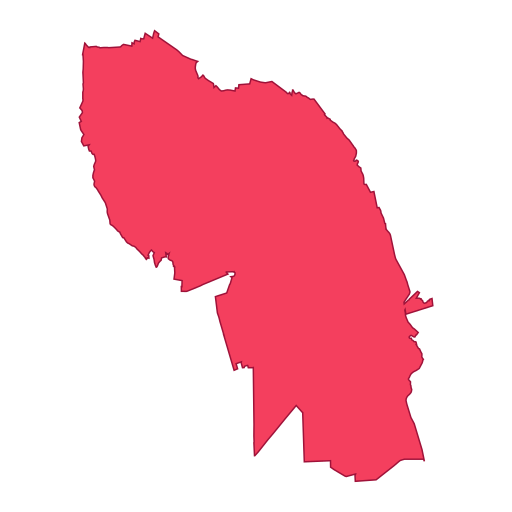 Acatlán de Juárez, Jalisco, Mexico
{"feature_id": "50627088B47037600563215", "entity_name": "Acatlán de Juárez", "entity_type": "district", "adm_level": 2, "iso_a3": "MEX", "parent_name": "Mexico", "parent_adm1": "Jalisco", "projection": "natural_earth1", "projection_center": [-103.612, 20.424], "detail": "fine", "context": "isolated", "style": "filled", "palette": "rose", "viewbox_px": 512, "rotation_deg": 0, "n_neighbors": 0, "source": "geoboundaries", "source_scale": "gbopen_adm2", "svg_char_len": 5897}
<svg xmlns="http://www.w3.org/2000/svg" viewBox="0 0 512 512"><path d="M294.0,91.9L293.0,90.0L292.6,90.0L292.5,91.4L292.1,92.1L291.7,95.3L290.4,94.1L290.0,93.4L289.9,92.5L289.6,92.3L288.7,93.5L287.5,93.6L286.2,92.2L271.9,81.5L265.4,82.8L260.5,82.1L253.3,79.8L251.1,78.7L249.7,83.9L238.9,84.7L238.5,88.2L235.5,87.9L235.0,91.0L230.1,90.1L227.6,89.9L226.0,90.1L223.4,90.8L221.3,91.0L219.5,89.7L217.3,87.0L215.9,85.7L214.0,87.5L213.6,84.7L213.3,83.5L208.0,80.3L205.4,78.4L204.9,77.9L203.5,75.5L202.9,75.1L201.3,76.9L198.6,78.7L197.9,77.7L198.0,77.4L198.0,76.4L197.8,75.5L195.7,70.5L195.3,68.6L195.3,67.0L195.8,63.8L196.2,62.7L197.7,61.4L195.8,60.8L192.4,59.6L190.8,59.2L182.6,55.5L178.8,51.6L176.8,49.9L158.1,36.9L158.8,33.9L154.6,30.7L153.7,33.3L152.6,38.2L145.2,33.3L143.7,38.8L141.8,38.8L140.8,38.4L140.1,41.6L135.0,40.3L134.3,41.8L134.1,43.8L132.0,42.8L131.8,46.1L123.5,44.4L121.6,45.7L120.8,46.7L119.9,47.0L108.7,47.7L107.5,47.5L103.6,47.5L100.1,47.8L99.4,47.6L99.1,47.2L97.5,47.1L96.3,46.4L90.3,46.9L89.4,47.2L89.5,47.5L88.6,47.4L86.1,44.8L85.3,43.5L84.8,43.1L82.6,54.6L82.9,54.6L83.1,56.4L83.4,61.3L83.2,69.1L82.9,72.3L83.4,82.8L83.0,84.0L83.4,89.0L83.2,91.0L82.8,92.1L82.8,98.9L83.0,99.1L82.9,101.1L79.8,107.9L82.2,110.7L82.4,112.7L79.3,117.1L81.3,121.4L79.2,122.6L80.6,129.3L81.0,130.3L83.9,134.5L81.9,137.8L81.4,141.5L83.8,145.9L89.2,144.8L88.1,146.4L88.7,149.2L89.4,151.0L91.1,151.1L92.0,153.4L92.9,154.3L94.1,154.3L94.9,156.5L95.5,159.1L95.7,160.8L95.5,161.7L94.3,164.4L93.7,166.4L94.5,170.0L94.1,170.6L94.1,170.9L93.5,172.6L92.9,175.3L92.9,177.8L94.6,181.1L94.0,184.2L94.2,185.4L94.8,186.7L96.0,187.6L97.8,190.1L98.1,190.8L100.9,195.2L102.2,197.9L105.3,202.7L107.3,208.9L107.2,211.6L107.3,212.7L107.6,213.9L109.8,220.1L110.1,223.8L110.7,224.6L112.5,225.6L114.4,227.3L116.7,229.7L117.5,230.8L119.2,231.9L119.8,232.1L120.3,233.5L122.5,237.3L122.9,237.7L123.8,237.7L126.5,241.9L127.8,243.1L129.2,243.7L132.2,245.8L134.0,246.2L135.8,247.4L136.8,248.8L139.7,251.6L141.7,253.9L143.2,255.2L144.5,256.9L145.7,257.9L145.4,258.2L146.3,259.4L147.1,258.6L147.5,257.8L148.9,258.2L148.8,255.7L148.1,255.4L148.2,254.9L149.1,252.9L149.9,251.6L151.2,250.2L151.5,250.0L152.9,251.7L154.3,252.6L153.0,255.7L154.1,259.6L154.5,262.5L155.3,265.1L156.2,267.2L156.6,267.1L157.2,266.3L158.6,262.9L160.2,261.1L161.1,260.3L161.6,257.9L165.1,256.8L166.3,256.9L165.7,252.7L167.0,253.5L166.5,254.6L167.3,254.4L167.7,254.5L169.1,253.4L168.7,254.6L168.7,255.5L168.3,256.1L168.2,257.5L168.3,258.7L169.9,260.0L170.7,260.4L171.4,260.5L172.2,261.0L172.8,261.9L173.1,264.2L173.2,264.8L174.2,266.2L173.1,265.9L174.5,267.1L174.8,272.9L174.0,279.1L182.1,280.6L181.9,286.7L181.3,286.6L181.4,291.3L186.3,291.4L187.4,291.1L200.4,285.8L202.9,284.5L227.9,274.1L226.3,272.5L226.3,272.0L232.8,271.7L233.2,272.0L234.1,271.6L234.3,272.1L235.0,272.8L235.0,274.3L234.4,275.7L233.6,276.3L230.9,276.7L232.0,277.7L230.2,283.8L229.7,284.4L226.7,293.0L215.4,296.6L217.4,312.9L219.0,317.6L220.0,321.7L224.0,335.3L223.8,335.2L234.1,370.3L237.6,368.8L236.1,363.7L241.4,361.8L241.2,362.9L242.5,367.7L244.1,367.6L244.7,366.2L247.2,365.4L247.7,365.4L248.3,367.7L252.4,367.7L253.3,367.5L254.0,424.4L253.9,435.9L254.1,442.0L253.9,442.6L254.5,455.7L254.8,455.7L258.0,452.2L267.9,439.7L273.4,433.2L285.2,418.7L296.2,405.5L302.3,412.3L302.7,412.5L304.3,461.8L330.5,460.7L330.6,467.2L334.2,469.7L345.0,476.1L346.3,476.5L355.6,474.0L355.5,474.5L355.0,475.4L355.3,481.3L376.1,479.8L394.1,465.6L399.0,461.4L400.2,460.5L402.0,459.9L404.4,459.2L423.5,459.2L424.4,461.3L422.0,449.6L414.2,423.7L410.9,417.5L406.8,404.1L406.0,400.5L406.2,398.7L406.8,397.3L407.8,395.8L409.6,394.2L411.0,392.5L411.5,391.0L411.7,389.3L411.2,388.2L410.8,385.4L410.4,384.7L410.5,381.8L408.8,379.9L408.4,379.2L408.6,378.4L409.2,377.7L410.1,375.5L411.3,373.6L413.5,371.8L416.3,370.4L419.2,368.5L422.2,362.8L422.8,360.6L422.7,360.3L423.4,359.4L422.1,357.6L421.8,356.7L421.9,355.2L421.9,353.8L420.8,351.8L419.5,348.9L418.5,348.5L416.2,344.6L416.6,344.5L416.0,342.0L415.3,341.7L413.9,341.6L413.0,340.5L411.8,339.9L411.3,338.3L409.8,338.3L409.2,337.7L409.2,337.3L409.3,336.6L410.8,335.4L411.4,335.4L413.6,336.8L414.8,337.0L416.0,335.0L416.5,334.9L418.2,332.5L414.4,329.0L412.8,327.9L412.0,327.0L410.3,324.6L408.0,322.0L406.2,317.7L405.6,315.8L405.4,314.1L405.4,313.1L404.8,310.1L405.1,309.5L405.9,314.2L432.8,305.7L432.0,298.5L429.7,299.3L429.2,299.8L429.4,300.3L429.0,300.9L428.2,300.8L427.4,301.3L426.6,302.6L424.4,303.3L423.5,302.7L422.9,301.8L422.5,300.5L420.9,299.4L421.1,299.2L421.1,298.8L420.2,298.7L419.7,298.3L418.3,298.2L416.3,298.2L419.4,292.7L417.5,291.4L409.3,299.2L409.2,299.7L408.3,300.2L404.2,304.0L404.0,302.3L404.2,301.8L409.3,294.2L409.9,292.4L409.9,291.5L407.5,283.9L407.5,283.6L406.8,281.2L406.6,281.0L404.3,274.6L395.8,259.1L395.3,257.6L394.5,254.4L390.4,235.1L389.7,233.5L388.5,232.0L388.4,232.0L386.2,229.4L386.0,228.3L385.9,228.4L385.5,223.7L385.2,223.7L384.8,223.4L383.5,218.1L380.9,212.7L381.0,212.3L380.6,210.4L379.0,207.5L377.2,207.8L373.9,191.5L370.5,192.3L366.3,184.4L365.0,184.5L364.2,184.2L363.9,183.6L363.7,178.1L363.3,175.9L362.9,174.5L361.1,171.0L360.8,168.0L359.3,167.0L357.2,165.1L357.4,163.8L358.0,162.7L358.3,161.7L358.0,160.9L357.3,160.4L356.3,160.1L356.1,160.3L356.0,160.8L355.1,161.2L354.4,161.2L353.8,161.0L353.6,160.6L354.0,159.9L354.3,158.7L355.7,156.3L356.4,153.1L356.4,150.7L356.1,149.9L354.8,147.8L354.4,147.5L353.5,146.3L353.1,145.6L353.1,145.1L353.0,145.5L349.1,140.0L346.8,138.0L343.5,133.9L343.0,132.6L342.2,131.5L342.2,131.1L339.8,128.7L336.5,124.5L335.0,123.2L332.9,122.1L330.2,120.1L330.2,119.3L327.7,117.9L327.1,118.2L326.9,117.3L324.7,115.0L324.5,114.4L325.0,113.9L314.0,99.1L312.5,99.1L310.3,99.4L308.4,97.9L307.6,97.6L306.9,97.1L306.5,96.6L305.5,96.1L303.9,95.9L302.5,95.6L302.2,95.1L301.3,94.7L299.7,92.6L299.3,92.4L298.9,92.4L297.6,93.1L295.9,93.8L294.7,92.9L294.0,91.9Z" fill="#f43f5e" stroke="#9f1239" stroke-width="1.5"/></svg>